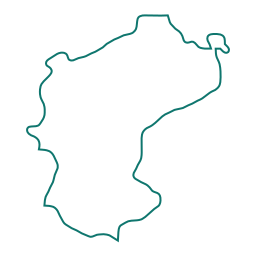 Las Matas de Santa Cruz, Monte Cristi, Dominican Republic
{"feature_id": "3306468B23054065948148", "entity_name": "Las Matas de Santa Cruz", "entity_type": "district", "adm_level": 2, "iso_a3": "DOM", "parent_name": "Dominican Republic", "parent_adm1": "Monte Cristi", "projection": "orthographic", "projection_center": [-71.454, 19.622], "detail": "fine", "context": "isolated", "style": "outline", "palette": "teal", "viewbox_px": 256, "rotation_deg": 0, "n_neighbors": 0, "source": "geoboundaries", "source_scale": "gbopen_adm2", "svg_char_len": 3187}
<svg xmlns="http://www.w3.org/2000/svg" viewBox="0 0 256 256"><path d="M44.4,205.6L49.1,205.9L51.3,206.3L53.4,206.9L55.1,208.0L56.6,209.5L57.7,211.1L59.9,215.8L63.2,221.8L64.4,223.4L65.9,224.6L71.7,228.2L76.6,230.4L81.9,233.4L88.3,236.1L90.0,236.7L90.9,236.8L92.6,236.5L96.9,234.8L99.0,234.5L103.5,234.2L106.8,234.6L109.0,235.2L109.9,235.6L117.9,240.6L118.4,232.1L118.8,229.0L119.4,227.1L120.0,226.2L120.6,225.5L122.2,224.5L125.5,222.6L128.2,221.3L131.4,220.7L137.0,220.3L139.1,220.0L141.3,219.4L142.3,218.9L145.3,216.9L154.2,209.0L158.3,206.1L159.0,205.4L159.5,204.6L160.2,202.7L160.5,200.7L160.4,197.6L159.9,195.7L159.4,194.8L158.8,194.0L157.3,193.0L154.0,191.8L152.5,191.0L151.9,190.4L149.6,187.4L147.5,185.4L145.8,184.3L141.1,182.1L135.4,178.8L134.1,177.5L133.7,176.6L133.4,175.7L133.4,174.7L133.8,172.9L136.1,168.8L137.8,165.0L140.3,160.6L141.1,158.5L141.3,157.4L141.6,155.0L141.7,152.6L141.6,138.2L142.0,134.7L142.7,132.5L143.8,130.8L145.2,129.3L146.8,128.1L150.5,126.3L152.4,125.1L155.2,122.9L162.3,116.4L165.2,114.4L169.1,112.6L174.5,109.9L176.6,109.4L180.8,108.5L182.9,108.0L188.3,105.3L192.3,103.6L197.6,100.7L200.5,99.4L202.4,98.3L209.7,92.8L211.5,91.7L215.3,89.9L217.6,88.0L218.9,86.4L219.4,85.5L219.8,84.4L220.3,82.1L220.6,77.3L220.5,71.3L220.2,67.7L219.6,64.2L218.9,62.1L216.8,57.5L216.2,55.4L215.9,53.2L215.7,48.7L220.3,48.7L223.0,51.4L224.5,52.4L225.4,52.7L226.3,52.8L227.2,52.6L228.2,52.0L228.7,51.1L228.9,50.1L228.9,49.2L228.6,48.3L227.6,46.8L224.9,44.1L224.8,40.5L224.5,38.3L224.0,37.2L223.4,36.3L222.5,35.5L220.4,34.5L216.9,34.0L213.3,34.0L211.0,34.3L210.0,34.6L209.0,35.1L208.1,35.9L207.6,36.8L207.3,38.7L207.7,40.7L209.7,44.6L211.0,48.6L204.8,48.6L202.5,48.3L200.3,47.8L198.5,46.9L195.1,43.1L193.8,42.2L193.0,41.8L191.5,41.7L188.8,42.5L187.2,42.7L185.6,42.3L184.8,41.8L183.8,40.5L182.4,36.1L181.0,33.5L179.1,31.4L175.3,28.7L170.7,23.8L169.8,22.1L167.8,15.4L160.9,15.6L144.8,15.4L142.5,15.5L140.4,16.1L139.5,16.5L138.6,17.2L138.0,18.1L137.6,19.0L137.2,21.1L136.6,26.6L136.0,28.9L135.0,30.6L133.6,32.0L132.8,32.7L131.9,33.2L129.9,33.9L123.7,35.3L118.2,37.9L114.3,39.5L106.7,43.9L102.8,47.4L97.0,50.8L95.2,51.8L91.3,53.4L85.8,56.2L83.7,56.9L78.5,58.1L73.3,60.3L71.6,60.5L70.7,60.4L69.9,60.1L69.1,59.7L68.6,59.1L68.0,57.7L67.3,55.5L66.4,54.1L65.6,53.5L63.9,52.8L62.9,52.7L60.9,52.7L58.8,53.2L57.0,54.0L48.5,59.4L47.1,60.6L46.3,61.8L46.1,62.7L46.0,63.5L46.2,64.3L46.5,65.1L47.0,65.7L49.6,67.4L50.7,68.5L51.5,70.0L51.7,70.9L51.6,71.9L51.3,72.9L50.2,74.6L48.7,76.3L43.7,81.3L41.5,84.1L40.6,86.2L40.0,89.5L39.9,91.8L40.0,94.1L40.6,97.3L41.4,99.3L43.7,103.9L44.5,107.1L44.7,109.3L44.7,112.7L44.5,115.0L43.9,117.2L43.1,119.0L40.5,123.1L39.3,124.7L38.6,125.3L37.8,125.7L35.9,126.2L31.2,126.5L29.4,126.8L28.6,127.1L27.9,127.7L27.3,128.6L27.1,129.5L27.1,130.5L27.3,131.4L27.7,132.3L28.8,133.7L31.1,135.3L33.9,136.4L35.6,137.4L37.1,138.6L38.4,140.2L39.2,142.2L39.5,144.4L39.4,146.5L38.9,149.4L44.5,149.9L46.7,150.3L48.8,151.0L49.7,151.4L51.4,152.7L52.7,154.2L53.8,156.0L56.8,162.4L57.5,164.3L57.7,165.3L57.7,167.5L57.5,168.5L54.8,174.9L53.5,180.2L52.9,182.2L50.1,187.6L48.4,191.6L46.5,195.1L45.6,197.0L44.9,200.2L44.4,205.6Z" fill="none" stroke="#0f766e" stroke-width="2"/></svg>